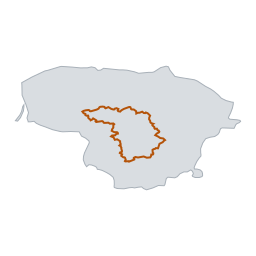 Lithuania, with Kauno highlighted
{"feature_id": "LTU-1069", "entity_name": "Kauno", "entity_type": "County", "adm_level": 1, "iso_a3": "LTU", "parent_name": "Lithuania", "parent_adm1": "", "projection": "robinson", "projection_center": [23.769, 55.019], "detail": "medium", "context": "in_parent", "style": "outline", "palette": "amber", "viewbox_px": 256, "rotation_deg": 0, "n_neighbors": 0, "source": "natural_earth", "source_scale": "10m", "svg_char_len": 3730}
<svg xmlns="http://www.w3.org/2000/svg" viewBox="0 0 256 256"><path d="M86.6,166.7L85.0,164.3L83.3,159.9L83.5,156.4L84.5,152.9L89.3,142.7L89.0,141.0L85.7,138.2L81.5,136.1L79.2,131.8L70.7,131.5L62.7,131.8L60.2,131.5L52.6,129.7L45.3,126.9L40.4,125.2L36.3,123.3L34.1,121.3L30.6,121.8L28.2,121.8L28.2,121.5L27.0,118.0L28.5,112.6L26.0,104.7L22.1,95.2L21.9,85.0L21.7,82.7L32.0,77.0L45.0,70.9L47.9,70.3L59.8,66.7L61.4,66.4L72.1,67.1L80.5,67.9L87.5,67.8L91.4,66.9L95.0,67.7L97.8,70.4L100.7,70.1L103.6,68.3L119.4,69.9L123.0,69.9L127.0,70.2L134.4,71.8L138.7,73.3L148.1,72.4L152.1,72.4L154.2,71.8L160.7,67.6L163.5,66.9L166.1,66.2L168.4,66.8L170.0,70.3L174.8,76.4L180.1,77.5L194.5,79.8L197.5,81.1L205.6,86.4L210.6,89.0L213.7,91.1L218.5,95.2L221.3,98.2L225.9,100.5L231.3,102.0L233.3,102.3L233.2,104.4L232.4,108.1L230.6,112.9L228.8,116.6L228.4,118.0L229.8,119.2L237.0,119.8L240.0,120.4L240.6,121.4L239.1,122.7L236.8,123.7L235.8,124.7L234.1,128.3L222.2,127.9L220.6,128.6L219.9,130.3L219.4,132.2L217.8,134.5L214.7,136.5L209.8,137.3L205.7,138.7L202.8,142.9L200.6,148.7L200.7,152.8L201.0,155.0L200.8,156.3L199.3,157.8L196.8,161.5L194.8,165.7L194.1,167.9L194.5,169.0L196.8,169.0L200.1,169.9L201.9,171.5L202.5,173.4L202.6,175.5L202.0,176.6L199.3,177.5L195.2,177.5L192.7,176.5L192.2,175.7L193.4,173.7L192.5,171.3L190.8,169.9L187.3,171.9L183.9,171.9L179.9,173.8L177.3,176.7L174.8,177.8L167.9,177.2L166.3,178.5L164.9,184.6L164.1,185.7L158.4,185.5L152.9,187.9L146.6,189.8L143.5,188.5L141.7,186.9L138.3,187.2L134.6,187.9L132.2,187.5L129.4,187.7L124.0,188.8L117.2,188.5L114.3,187.5L114.1,186.5L114.3,184.2L114.2,180.5L113.2,177.3L109.9,174.5L106.5,172.5L102.2,170.4L99.0,169.5L97.3,169.3L96.9,168.1L96.3,167.1L94.8,166.2L91.6,165.0L88.9,164.7L86.6,166.7ZM17.6,121.1L15.4,120.7L19.8,115.1L21.6,111.5L22.8,106.4L23.9,104.7L23.9,107.1L23.4,111.0L20.5,117.6L17.6,121.1Z" fill="#d9dde1" stroke="#a8b0b8" stroke-width="1"/><path d="M150.1,115.6L149.2,117.7L149.1,119.3L150.1,120.7L150.4,122.4L151.2,123.1L153.2,123.8L152.4,124.3L152.4,125.4L154.3,127.0L154.4,128.2L154.8,128.8L156.9,128.7L157.6,130.2L158.7,130.6L159.3,131.7L159.0,132.3L156.7,133.6L155.3,135.2L158.2,136.6L160.2,138.0L163.3,138.5L165.0,140.1L163.9,140.8L162.7,142.2L159.5,143.8L158.0,148.3L155.8,148.1L155.1,148.8L153.5,149.2L152.5,149.9L152.7,152.4L153.3,153.1L153.2,154.1L152.7,154.6L151.3,154.5L150.9,156.4L150.2,157.4L146.8,157.7L143.7,156.5L138.0,157.5L135.4,157.0L133.8,157.8L133.7,158.3L134.4,159.0L134.3,159.5L129.1,161.6L128.9,161.2L125.3,161.4L124.9,161.1L125.7,159.7L125.0,157.7L124.5,157.3L123.3,157.3L121.3,155.8L122.1,154.3L119.8,153.0L120.0,152.5L121.8,151.9L122.0,151.0L121.3,148.7L121.4,147.7L120.7,146.6L120.8,146.1L119.4,145.5L120.7,144.1L120.1,142.3L120.1,141.2L117.2,139.3L114.8,139.8L113.6,137.4L111.1,136.4L112.0,135.5L115.1,135.3L116.4,133.9L117.9,133.6L117.7,132.7L117.0,132.2L114.4,132.2L111.7,130.8L112.1,129.3L113.3,127.6L113.3,125.2L114.2,124.2L113.4,123.5L109.9,123.7L108.4,122.7L104.4,122.9L103.7,122.7L103.1,121.6L102.1,121.1L96.2,122.0L95.7,121.5L96.5,120.8L96.4,120.4L93.1,118.4L92.1,119.6L90.6,120.3L90.3,119.6L88.5,118.2L88.2,117.5L88.4,116.4L88.1,115.6L86.5,115.7L85.4,115.1L85.4,113.9L83.6,113.2L82.4,111.6L83.6,110.9L85.8,110.3L88.6,110.0L89.4,110.3L89.8,111.1L90.8,111.3L96.7,109.6L98.5,108.7L99.5,107.2L100.3,106.8L102.7,106.6L104.5,106.9L105.0,107.9L105.6,108.3L108.4,107.1L111.3,108.9L113.4,109.5L114.4,109.4L114.7,108.7L116.5,108.2L118.4,109.0L117.7,110.4L118.2,111.2L120.2,111.6L121.4,110.3L123.9,108.9L129.1,107.0L129.9,107.0L130.4,107.2L131.1,109.1L131.5,109.4L133.8,109.5L136.1,111.2L136.3,113.5L137.7,112.8L139.6,112.7L142.2,111.7L143.8,113.0L145.2,113.1L145.8,112.5L147.6,113.2L150.1,115.6Z" fill="none" stroke="#b45309" stroke-width="2"/></svg>